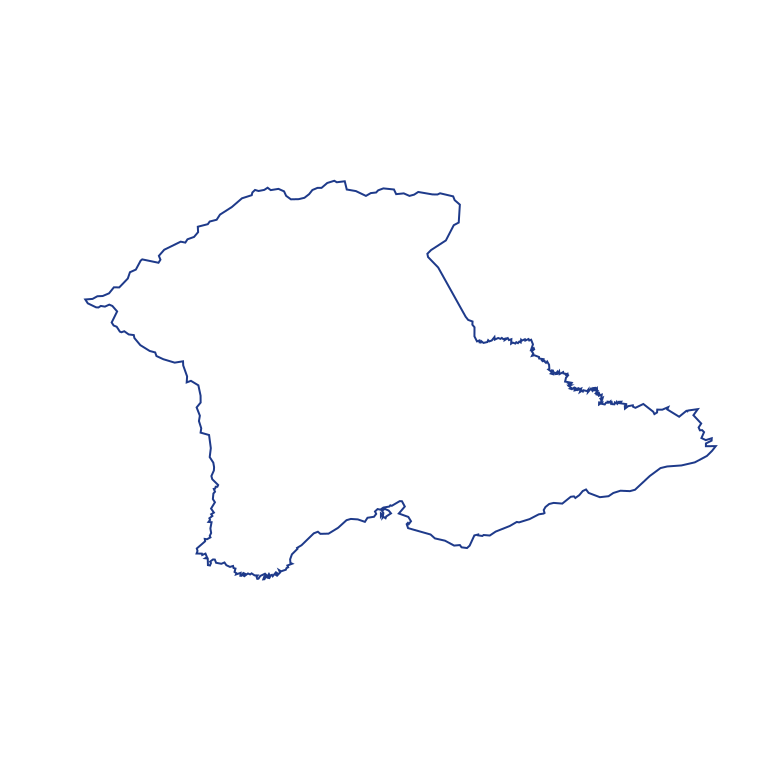 Mamuju Tengah, Sulawesi Barat, Indonesia (Equal Earth projection), rotated 237°
{"feature_id": "22746128B49136567123703", "entity_name": "Mamuju Tengah", "entity_type": "district", "adm_level": 2, "iso_a3": "IDN", "parent_name": "Indonesia", "parent_adm1": "Sulawesi Barat", "projection": "equal_earth", "projection_center": [119.569, -2.021], "detail": "fine", "context": "isolated", "style": "outline", "palette": "blue", "viewbox_px": 768, "rotation_deg": 237, "n_neighbors": 0, "source": "geoboundaries", "source_scale": "gbopen_adm2", "svg_char_len": 6168}
<svg xmlns="http://www.w3.org/2000/svg" viewBox="0 0 768 768"><g transform="rotate(237 384 384)"><path d="M617.0,381.5L616.3,377.9L614.4,375.9L617.1,366.0L615.3,352.9L615.4,338.7L612.9,333.1L615.2,326.3L614.0,323.3L617.3,313.5L612.6,310.8L610.8,304.8L612.4,298.0L610.8,294.4L614.1,291.0L616.3,272.8L614.1,265.0L610.0,264.2L608.5,260.9L620.2,249.1L620.0,247.1L615.1,238.2L616.1,231.8L612.0,226.6L609.2,214.6L612.2,210.1L609.8,202.8L611.0,196.0L613.7,191.4L614.1,185.9L617.6,179.5L613.0,179.5L605.1,184.3L603.7,186.2L603.7,189.0L600.9,192.1L600.2,196.8L597.4,198.7L590.2,199.7L583.9,189.1L580.3,189.1L577.6,191.0L571.8,191.0L570.4,192.0L569.7,194.9L564.6,196.9L561.3,200.8L558.5,199.7L549.3,200.8L539.3,205.5L535.1,209.3L531.4,208.4L525.0,212.4L515.9,220.1L512.5,227.8L508.9,225.7L497.6,223.0L492.8,219.4L491.8,223.8L484.0,227.6L474.1,223.8L468.3,220.1L466.4,214.1L457.7,212.3L453.7,208.6L446.4,206.6L443.1,203.7L436.5,209.5L424.5,203.8L417.6,198.0L411.0,198.0L406.8,196.2L404.1,194.2L400.8,189.1L397.6,188.1L389.6,189.9L388.6,188.3L389.5,186.9L388.3,185.5L388.7,184.1L385.7,183.6L385.1,181.3L380.7,177.8L376.9,177.8L373.7,171.1L368.8,171.3L368.9,168.1L366.8,168.2L366.5,164.4L364.7,164.1L363.9,161.7L362.0,164.1L357.4,159.7L353.2,157.9L351.5,155.1L349.9,154.9L350.2,151.0L351.7,149.3L349.5,148.3L348.0,137.4L345.6,136.7L343.9,134.5L340.9,138.9L339.6,138.4L339.0,141.9L335.2,141.2L335.2,139.2L333.6,141.1L328.0,137.7L326.6,139.2L328.1,141.4L329.7,141.4L330.0,145.0L328.9,146.5L325.5,145.8L321.8,149.7L321.2,153.0L317.9,153.1L314.5,155.2L313.6,158.3L311.6,157.6L310.1,158.9L307.8,156.3L305.6,157.2L304.9,156.2L303.7,160.9L301.4,159.1L300.8,160.0L302.1,163.1L300.5,164.1L299.9,161.8L298.9,162.2L299.2,166.7L297.2,168.0L297.3,169.8L294.0,171.2L292.3,173.7L291.7,172.1L289.6,171.6L289.1,172.7L290.4,175.7L289.7,180.9L287.8,181.3L287.8,178.9L285.9,176.4L285.4,177.4L286.5,179.4L285.8,181.0L287.3,184.0L285.9,183.9L284.6,181.2L283.7,182.1L285.2,185.0L285.0,186.1L283.4,186.0L284.9,190.8L283.2,191.5L282.4,189.5L281.5,189.9L282.5,194.2L285.1,194.6L283.0,195.6L281.7,200.5L282.7,201.9L282.5,203.8L284.4,204.1L283.3,209.1L285.0,208.1L288.1,209.8L291.3,214.0L292.9,221.7L293.9,221.8L293.7,227.0L297.0,243.8L296.1,248.1L293.0,249.0L288.7,256.0L288.4,267.2L290.2,278.4L288.9,282.7L284.7,288.3L278.8,292.9L280.8,297.3L278.1,303.3L279.3,306.7L282.0,307.0L282.6,310.5L280.6,312.5L280.7,316.2L278.3,321.8L278.8,323.2L277.6,324.2L277.2,333.4L275.9,335.2L269.9,334.7L267.3,325.9L259.3,332.0L254.2,331.9L253.0,328.5L254.5,328.4L254.1,326.7L250.0,325.7L232.4,341.1L226.8,342.6L219.4,349.8L210.3,354.8L207.6,359.9L204.8,360.1L201.2,364.3L201.8,367.8L207.8,377.3L206.5,381.0L205.8,380.5L203.0,383.7L203.1,385.3L199.3,390.2L199.4,397.3L196.4,412.2L196.0,420.2L194.4,421.9L191.4,432.5L190.4,442.8L188.4,447.3L188.4,448.4L191.3,449.3L192.9,452.4L193.4,457.2L191.9,461.5L186.6,468.4L187.7,479.2L186.3,482.1L184.2,482.4L184.4,487.2L186.0,492.4L185.5,496.0L181.2,496.3L171.5,503.4L167.6,511.2L167.7,517.0L165.7,524.2L160.2,531.9L158.6,536.9L162.1,556.8L162.9,570.1L160.6,576.6L153.7,589.1L149.0,602.0L147.8,615.6L149.3,622.8L151.2,628.4L156.5,620.1L158.8,621.6L158.1,627.9L160.0,629.3L161.7,623.3L165.8,620.8L169.3,626.2L172.0,625.7L173.1,623.7L176.2,624.2L178.1,628.5L189.3,626.5L192.0,633.5L196.2,624.5L195.8,623.6L196.8,623.0L195.8,613.7L208.4,607.7L209.8,609.8L210.9,603.4L213.7,599.2L211.4,597.5L211.5,594.4L214.1,594.7L226.0,590.6L227.1,581.9L229.3,580.5L230.6,581.1L232.4,576.8L232.1,572.7L234.4,574.0L234.3,575.6L235.2,576.2L239.3,571.5L240.0,573.2L241.2,571.2L240.4,569.2L242.2,569.4L241.5,568.1L242.8,567.5L241.5,566.1L242.9,564.3L244.4,564.9L244.2,563.9L246.1,564.7L245.7,561.8L246.3,563.2L247.4,561.9L246.5,561.3L247.4,559.9L246.6,558.0L248.5,556.1L249.5,557.0L249.7,553.2L251.4,554.4L250.4,555.7L251.5,557.4L253.1,557.5L252.1,558.5L253.3,559.9L253.4,558.1L256.5,560.8L257.1,558.1L258.8,559.5L257.8,558.0L260.3,555.9L259.3,557.2L259.3,560.1L261.0,557.0L261.8,559.3L263.1,558.1L263.0,559.5L264.7,560.4L264.5,558.2L265.8,558.9L266.5,557.5L264.9,557.3L264.7,556.4L266.1,556.4L265.1,555.1L267.4,555.1L266.1,550.6L268.0,552.2L267.4,550.5L270.1,547.9L269.4,546.7L270.6,546.4L270.6,544.0L272.8,546.8L273.3,544.0L275.0,545.4L274.3,543.8L275.6,542.4L274.0,542.5L274.8,540.4L277.1,542.9L276.4,540.9L277.4,541.1L277.3,538.7L278.6,537.7L278.4,539.1L281.7,537.9L281.3,540.1L282.4,538.8L282.6,540.9L283.6,539.6L283.5,541.3L287.4,537.2L290.2,540.1L291.4,544.1L291.0,542.9L292.6,543.5L292.6,540.6L293.1,542.5L295.2,540.2L296.4,540.7L296.7,536.6L299.2,537.8L298.0,535.0L298.4,534.2L298.7,535.6L299.8,535.9L299.2,534.4L300.8,533.1L299.9,531.3L301.9,529.6L302.7,532.8L303.3,533.0L303.9,532.3L302.6,531.3L306.7,529.8L306.6,530.9L310.2,532.9L314.0,533.1L313.5,531.4L315.9,530.8L316.3,532.0L316.7,529.5L317.9,529.3L318.3,530.9L320.9,528.0L322.2,528.7L326.3,525.7L327.0,523.5L328.3,525.8L331.1,525.7L331.3,528.8L332.6,529.1L332.9,526.4L336.1,530.5L341.0,531.5L341.4,529.5L343.0,529.7L343.5,526.1L344.8,526.5L345.3,523.3L346.4,523.1L344.4,521.3L345.9,520.6L345.3,518.6L347.0,517.7L346.4,516.2L348.6,514.5L348.6,512.6L352.2,515.2L352.8,512.7L355.1,512.8L355.1,509.4L356.0,510.4L356.6,508.5L358.5,507.9L358.4,506.3L360.4,504.8L360.9,501.1L363.2,502.2L361.8,498.0L362.4,495.5L364.0,495.2L362.9,493.5L364.3,489.8L367.0,488.9L366.1,487.7L366.9,486.8L368.6,487.6L369.1,485.2L374.7,485.8L382.3,490.8L385.6,490.4L388.2,492.3L391.9,489.5L395.9,489.1L452.2,492.9L466.5,490.1L469.6,491.3L470.7,496.4L470.7,514.1L479.2,529.0L478.7,534.6L493.1,545.3L499.7,543.4L503.7,544.2L513.4,534.9L513.8,532.1L516.6,527.9L526.4,517.3L526.4,512.4L527.9,507.8L533.1,504.4L536.6,497.6L541.7,498.3L548.4,490.0L549.6,484.6L548.9,481.7L551.3,476.9L551.6,471.3L561.1,465.5L567.4,458.7L575.4,461.5L578.9,454.3L581.5,453.0L583.5,445.9L582.5,438.4L584.7,435.1L585.7,429.6L584.0,424.6L583.5,418.7L585.5,413.1L589.6,406.5L595.1,404.4L600.0,405.1L605.1,401.8L608.3,394.6L612.0,393.3L612.0,389.3L614.2,383.9L617.0,381.5ZM276.1,313.2L272.6,310.0L272.9,311.2L270.6,312.2L271.7,313.7L271.7,319.4L275.3,319.0L278.9,316.6L278.7,313.2L276.1,313.2ZM277.1,310.9L274.9,309.5L275.7,311.3L277.1,310.9Z" fill="none" stroke="#1e3a8a" stroke-width="2"/></g></svg>